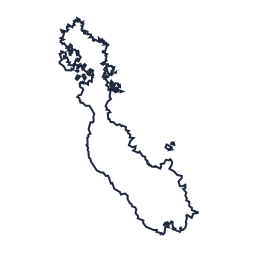 outline of Lalmonirhat, Bangladesh, rotated 12°
{"feature_id": "16705992B84214314165922", "entity_name": "Lalmonirhat", "entity_type": "district", "adm_level": 2, "iso_a3": "BGD", "parent_name": "Bangladesh", "parent_adm1": "", "projection": "mercator", "projection_center": [89.252, 26.122], "detail": "fine", "context": "isolated", "style": "outline", "palette": "slate", "viewbox_px": 256, "rotation_deg": 12, "n_neighbors": 0, "source": "geoboundaries", "source_scale": "gbopen_adm2", "svg_char_len": 5597}
<svg xmlns="http://www.w3.org/2000/svg" viewBox="0 0 256 256"><g transform="rotate(12 128 128)"><path d="M190.7,163.8L185.7,163.6L182.0,160.8L176.9,159.3L178.5,154.4L178.2,152.0L175.9,149.7L174.7,151.1L171.7,151.2L170.6,155.2L167.5,156.5L168.4,159.3L167.9,161.0L162.7,159.6L162.4,160.5L159.4,160.8L157.8,159.7L156.6,160.1L155.5,159.3L156.7,158.5L154.4,158.7L153.7,156.7L153.0,157.4L154.0,156.4L151.5,155.0L150.8,152.6L148.1,152.4L144.2,148.6L143.2,150.1L137.8,149.0L139.4,147.0L139.2,144.3L136.6,145.9L132.4,144.7L133.0,140.2L135.6,136.6L131.6,136.9L131.7,134.1L129.0,132.8L128.5,131.5L129.2,130.7L126.9,130.7L125.9,129.7L125.9,127.6L121.9,126.7L121.3,127.5L119.1,126.1L116.5,127.6L112.3,125.3L109.8,125.8L108.0,123.1L106.9,123.4L105.1,117.8L107.4,116.3L105.3,114.4L103.2,114.6L103.2,112.7L101.5,111.2L102.7,106.3L105.3,103.2L103.5,101.6L103.2,95.5L101.4,95.0L101.7,94.0L100.8,94.4L100.4,91.8L97.7,90.7L99.1,87.6L95.0,84.2L94.2,84.6L94.2,82.5L92.7,83.0L93.3,80.4L94.5,79.5L93.5,79.0L94.5,77.3L92.4,75.9L93.8,72.6L98.3,80.7L98.9,78.8L101.0,77.5L99.7,76.6L100.7,76.8L100.5,75.6L99.1,75.6L101.9,75.0L101.6,73.3L100.2,73.4L101.9,72.9L102.0,71.3L99.9,71.7L98.9,71.1L100.0,70.7L98.7,70.7L95.9,71.8L95.2,69.8L92.8,70.4L91.8,68.7L90.5,71.3L88.5,70.7L93.0,66.6L92.0,65.7L92.1,62.8L90.9,61.9L92.2,60.2L87.4,59.1L87.5,58.0L89.6,58.2L90.1,52.6L91.5,50.8L90.9,50.2L87.8,51.2L89.2,49.7L88.6,48.9L86.3,49.5L85.9,50.9L86.1,49.5L84.2,48.4L83.5,49.3L83.1,48.2L81.8,49.7L77.0,48.3L76.5,49.8L75.5,49.7L74.6,46.4L71.9,47.2L72.8,46.0L72.5,44.3L68.8,44.7L68.4,42.2L65.3,41.8L66.5,44.6L65.4,44.7L65.0,43.0L62.5,42.3L61.9,41.1L62.7,39.9L61.4,38.0L62.5,37.5L62.6,35.0L61.4,35.1L61.6,34.1L60.7,35.0L60.5,34.1L58.2,33.7L58.1,31.8L55.5,31.1L56.5,33.4L58.0,33.5L56.8,34.5L54.3,33.4L54.5,34.5L53.0,34.6L53.8,36.0L53.2,37.1L54.4,38.3L52.9,39.0L52.7,41.0L47.9,39.2L47.8,40.4L49.8,40.8L47.1,41.7L47.7,43.7L49.2,44.3L48.0,46.4L42.2,46.1L43.7,48.2L45.2,47.4L45.8,48.2L45.4,52.7L43.5,54.1L46.7,54.9L43.9,56.7L44.2,58.1L46.7,58.7L45.9,59.9L47.9,58.5L50.7,60.8L53.2,61.1L54.2,58.1L56.2,59.4L56.1,60.6L53.7,62.0L53.0,64.5L54.8,63.8L56.4,64.6L54.5,64.9L55.6,68.5L56.7,68.5L56.5,66.8L57.5,66.1L56.4,63.3L57.0,62.1L57.8,63.1L59.9,62.3L61.1,63.6L63.1,62.8L63.6,63.3L64.3,66.0L62.2,65.3L63.0,67.4L65.0,67.1L67.1,68.6L66.3,70.7L64.7,70.7L66.1,72.4L65.6,73.3L63.0,71.9L62.5,74.2L63.0,76.9L64.9,76.9L65.6,78.0L66.3,77.2L65.8,79.9L66.9,79.8L68.6,75.8L71.2,80.1L72.1,78.9L70.6,77.0L72.3,74.5L73.7,75.3L72.0,80.0L76.0,81.9L77.4,81.2L76.5,82.1L77.2,83.8L78.5,84.2L78.0,83.0L79.3,82.9L79.9,80.5L79.2,80.4L79.1,82.1L78.9,80.3L77.7,80.0L78.8,78.3L82.0,79.0L81.7,81.1L82.9,83.4L80.9,83.9L83.1,85.7L82.3,86.4L82.9,90.4L80.3,89.7L79.3,91.5L79.9,93.8L76.5,92.7L75.7,93.5L75.4,92.4L74.0,92.1L73.9,93.1L72.4,92.9L71.4,94.4L72.6,97.8L75.5,98.7L76.2,100.0L75.2,105.2L73.0,106.3L71.9,108.3L74.2,108.9L75.5,111.9L76.5,111.0L75.9,112.0L76.5,113.1L79.1,113.0L81.6,115.0L85.7,114.3L92.1,121.1L91.8,124.0L93.0,128.6L92.3,130.0L90.2,130.1L89.8,134.5L89.8,137.7L92.5,141.3L90.6,142.9L91.2,145.0L90.2,146.0L92.0,152.8L91.0,153.5L93.0,155.3L93.1,157.9L94.2,159.2L95.8,164.9L97.7,166.0L98.7,168.5L106.3,176.0L111.3,177.2L113.1,176.7L116.3,179.5L118.5,178.7L122.9,185.9L124.1,185.1L127.3,190.4L133.5,192.4L134.9,194.5L138.8,192.7L141.9,194.6L142.2,197.3L145.5,201.2L147.4,201.9L148.3,203.8L151.3,204.1L153.1,205.9L153.0,209.6L156.3,212.3L156.3,214.3L162.3,215.3L162.4,217.5L166.2,220.9L174.7,222.5L177.4,221.7L177.4,223.7L181.8,224.0L182.0,224.8L182.9,223.8L184.1,224.9L185.5,223.4L185.1,216.8L188.3,216.7L187.5,216.1L188.0,215.5L187.9,215.0L186.9,215.3L186.0,213.8L184.2,214.5L184.3,215.6L183.2,215.3L183.9,213.2L186.2,211.9L187.9,213.2L189.1,212.7L189.8,210.4L191.1,210.6L191.8,214.1L193.0,215.5L192.6,216.5L194.7,216.6L193.6,217.7L200.5,218.8L201.0,216.2L199.8,215.7L199.9,214.5L200.7,214.5L201.3,216.3L203.1,216.3L204.8,213.5L205.0,209.2L204.2,208.6L204.2,203.4L203.3,201.6L204.0,200.7L209.0,202.7L209.6,198.2L213.8,196.7L213.8,195.9L207.5,195.0L207.0,192.7L204.2,191.7L203.2,187.4L200.1,186.7L200.1,184.3L198.1,182.2L198.5,179.1L194.7,176.2L196.5,174.8L196.5,173.4L195.2,172.8L196.1,172.4L195.8,171.6L193.1,173.8L190.9,174.0L188.5,169.9L190.9,165.8L190.7,163.8ZM73.6,93.6L72.8,94.1L72.6,93.6L73.6,93.6ZM48.3,66.9L46.7,66.9L47.3,69.2L45.8,69.8L49.1,75.0L47.2,77.7L47.7,78.9L52.3,80.9L55.2,84.4L60.8,83.4L60.5,81.7L62.2,82.0L62.7,77.2L61.7,76.8L60.7,78.4L56.8,78.5L57.6,75.9L54.9,76.1L55.7,74.5L53.8,71.8L50.8,73.4L50.3,71.0L52.0,70.5L51.9,68.2L51.1,67.1L48.3,68.0L48.3,66.9ZM104.9,87.9L101.9,85.4L101.2,88.0L102.4,91.2L104.4,92.2L103.6,93.8L107.1,95.0L107.2,93.1L106.2,92.7L108.0,91.2L108.9,94.5L107.5,95.9L110.8,94.3L109.7,91.0L110.8,89.9L110.0,88.8L111.7,89.4L111.0,87.5L110.1,88.4L109.1,86.6L106.3,86.9L105.6,91.5L105.2,90.0L103.0,90.0L102.9,88.0L104.9,87.9ZM175.0,137.8L169.3,136.1L168.7,139.3L171.8,140.6L173.2,139.6L172.8,141.0L175.3,140.0L174.6,139.8L175.0,137.8ZM70.6,87.5L68.0,87.0L67.9,89.9L67.9,87.6L67.2,87.7L66.6,90.6L68.4,91.5L70.6,87.5ZM74.0,84.8L72.7,85.4L73.0,86.8L75.4,89.7L76.4,87.4L74.0,84.8ZM175.8,132.7L173.8,133.0L173.5,134.6L176.8,134.9L175.8,132.7ZM67.0,83.6L67.7,82.5L66.9,81.8L65.1,82.8L67.0,83.6ZM97.5,82.5L95.9,81.5L95.7,83.9L97.5,82.5ZM115.1,93.4L112.6,93.0L113.3,94.5L115.1,93.4ZM81.3,47.9L82.2,47.2L80.8,46.2L81.3,47.9ZM52.1,62.1L51.0,61.4L51.0,62.5L52.1,62.1ZM85.5,48.1L86.2,47.8L86.2,46.8L85.5,48.1ZM100.6,78.1L101.6,78.3L101.5,77.7L100.6,78.1ZM83.9,47.9L84.6,47.2L84.2,46.7L83.9,47.9ZM104.6,76.7L104.6,75.8L103.9,76.6L104.6,76.7ZM100.8,79.2L100.2,79.5L100.8,79.7L100.8,79.2Z" fill="none" stroke="#1e293b" stroke-width="2"/></g></svg>